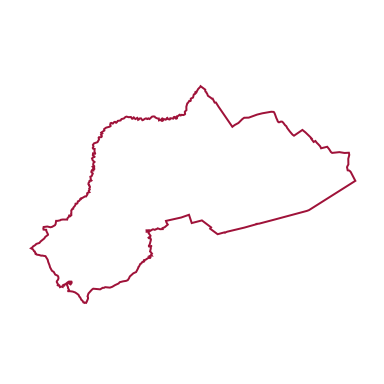 Magura, Bacau, Romania (Robinson projection), rotated 357°
{"feature_id": "2599482B10782205766979", "entity_name": "Magura", "entity_type": "district", "adm_level": 2, "iso_a3": "ROU", "parent_name": "Romania", "parent_adm1": "Bacau", "projection": "robinson", "projection_center": [26.814, 46.555], "detail": "fine", "context": "isolated", "style": "outline", "palette": "rose", "viewbox_px": 384, "rotation_deg": 357, "n_neighbors": 0, "source": "geoboundaries", "source_scale": "gbopen_adm2", "svg_char_len": 5922}
<svg xmlns="http://www.w3.org/2000/svg" viewBox="0 0 384 384"><g transform="rotate(357 192 192)"><path d="M77.8,296.6L78.9,297.1L79.2,296.7L80.4,297.2L80.9,296.5L82.6,293.0L82.6,291.5L82.2,290.8L83.3,287.9L86.9,284.3L88.3,283.4L95.2,284.4L97.8,283.0L99.0,283.1L100.3,282.5L105.0,283.2L107.4,282.5L110.2,281.0L113.9,279.5L115.1,278.3L118.6,277.6L121.5,277.3L123.2,276.7L124.5,275.0L125.5,273.1L129.2,270.1L132.0,269.0L134.2,265.3L134.5,264.2L135.1,263.8L136.6,261.1L137.7,260.7L138.2,259.8L139.0,259.2L140.0,259.2L140.6,258.8L140.3,257.9L140.4,257.6L142.0,257.3L144.8,255.6L146.8,255.6L147.1,255.2L147.1,254.4L146.1,253.9L147.7,253.2L148.4,253.3L147.9,252.5L148.0,252.1L148.8,251.5L147.9,250.1L147.0,249.2L147.9,246.3L147.8,245.2L148.4,244.3L148.4,243.9L146.7,244.2L146.2,244.1L146.1,243.7L146.2,243.2L146.7,242.8L147.1,241.9L148.5,237.5L148.2,236.3L146.6,235.9L146.2,235.4L146.8,234.9L147.8,234.6L148.3,233.6L146.4,230.6L146.4,230.1L147.3,229.3L147.1,229.1L144.6,229.3L144.6,227.9L147.9,228.0L148.7,228.4L150.7,227.3L151.6,227.3L152.7,227.8L153.3,227.7L153.9,227.3L154.8,227.2L155.8,226.5L158.2,227.5L160.8,227.5L160.7,226.5L162.8,225.8L166.1,223.3L164.9,221.1L164.5,219.5L179.9,216.9L187.8,214.6L190.1,223.0L200.4,220.9L209.2,228.3L209.0,228.5L208.2,229.6L215.4,235.5L222.3,234.0L222.7,234.4L223.1,234.3L223.7,233.9L225.0,233.5L242.4,230.3L255.3,227.4L255.2,227.2L257.4,227.1L272.3,224.0L305.7,216.9L307.9,216.2L355.7,189.4L351.6,180.4L350.9,179.5L350.1,178.8L348.6,178.5L348.1,175.3L348.7,174.1L349.6,172.7L349.8,167.0L351.0,163.2L350.7,161.0L346.3,161.0L341.3,159.9L334.0,160.3L332.8,159.3L331.2,156.4L329.4,153.9L323.2,155.1L322.4,153.1L320.6,150.9L319.2,149.4L317.9,147.5L316.1,148.4L313.9,145.1L314.3,144.9L312.9,143.2L308.5,138.5L305.5,135.8L296.8,141.1L295.4,140.0L292.8,136.6L290.5,133.2L289.6,131.2L288.4,130.1L286.7,127.5L285.7,126.5L284.5,126.3L283.0,126.9L282.0,126.8L281.1,125.4L280.9,124.4L280.2,122.9L278.9,118.6L278.2,116.8L277.7,116.3L275.3,116.0L266.3,117.1L261.1,118.1L252.6,120.7L248.0,120.6L246.1,121.8L242.0,125.5L238.2,127.3L235.7,129.0L222.9,108.1L220.6,103.9L219.3,103.9L217.5,99.8L216.6,99.8L216.0,99.1L212.9,96.7L212.3,94.7L211.8,94.1L211.6,93.2L210.7,92.4L210.5,91.5L210.6,90.5L206.1,86.8L205.8,87.4L203.5,89.5L202.2,91.6L200.9,92.3L201.5,93.0L201.3,93.2L200.4,93.3L200.3,94.1L198.9,94.7L198.0,97.7L195.7,98.7L195.5,100.8L195.0,101.1L194.0,100.9L192.8,102.6L191.9,103.3L190.8,106.6L190.7,110.0L189.4,111.1L189.0,111.7L189.2,113.7L188.9,114.1L187.5,114.7L185.6,114.4L184.8,115.0L184.3,114.9L183.8,114.2L183.2,114.5L181.7,115.6L180.9,115.6L180.6,116.0L181.0,117.2L180.9,117.5L180.4,117.9L179.6,117.8L179.1,117.2L178.9,116.3L178.7,116.1L177.7,116.3L177.1,117.7L174.2,117.2L173.8,118.2L173.5,118.4L172.0,118.0L171.2,116.7L170.8,116.9L170.3,117.9L169.6,118.4L169.2,118.4L169.0,118.0L166.8,117.6L166.4,117.0L165.9,117.1L165.4,118.0L166.9,118.5L166.9,118.9L166.3,119.4L165.7,119.4L165.2,119.2L164.7,118.1L162.8,118.7L162.7,116.9L161.4,116.8L159.3,115.7L158.6,114.7L157.2,114.5L156.0,114.7L153.4,116.9L152.2,116.2L151.5,116.8L151.0,116.8L150.4,116.2L149.8,116.1L148.8,116.4L147.0,117.5L146.2,117.7L144.9,115.8L143.7,115.8L142.7,116.8L142.0,117.1L141.8,115.9L141.2,115.1L139.5,116.2L138.7,115.7L137.9,114.5L137.6,114.4L136.6,115.7L136.0,115.7L134.9,113.9L132.7,114.0L130.6,113.3L129.5,113.6L127.8,115.0L125.4,115.5L124.4,116.8L121.6,117.1L120.5,118.5L119.9,118.9L119.6,118.8L119.1,118.0L118.7,117.9L117.8,118.2L116.6,119.5L116.2,119.5L115.3,118.8L114.3,119.0L113.8,120.6L114.2,121.6L114.1,122.0L112.7,122.6L109.7,123.2L107.6,124.5L107.5,124.9L107.7,126.0L104.3,128.0L104.5,128.6L105.3,129.0L104.1,130.1L104.9,131.4L104.5,132.3L104.1,132.5L102.0,132.4L101.6,132.9L101.9,134.6L100.2,137.3L96.7,138.3L95.5,139.8L96.0,141.3L95.2,142.8L95.7,143.7L97.0,143.9L96.7,146.4L97.3,148.5L97.1,148.8L96.8,148.8L95.9,148.2L95.2,148.2L94.9,150.1L96.5,151.6L96.4,151.9L95.2,152.1L94.4,153.0L93.9,153.2L94.5,155.2L96.2,156.9L95.2,157.7L94.8,159.0L94.8,159.9L95.7,161.1L95.6,161.9L95.2,162.0L94.5,161.4L94.1,161.6L95.6,163.3L95.6,164.0L94.9,164.4L94.6,164.0L94.3,164.0L94.2,164.6L94.7,165.1L94.7,165.4L94.2,165.5L93.3,165.0L92.6,166.1L92.6,167.1L93.7,168.0L93.9,168.4L92.5,171.0L91.3,171.4L91.6,173.9L91.4,174.4L92.2,175.3L91.9,175.5L91.0,175.4L90.2,175.6L90.0,176.0L90.1,176.6L89.1,177.7L89.0,178.9L89.6,179.4L89.5,180.2L90.3,181.0L90.2,182.3L89.5,183.3L90.0,184.2L89.0,185.3L89.0,186.2L89.5,186.8L87.7,187.4L87.2,187.8L87.2,188.2L87.5,188.6L87.4,189.0L86.0,190.9L84.9,190.8L81.8,192.4L81.6,192.3L80.6,192.6L80.4,192.8L80.8,193.1L80.7,193.4L79.8,193.8L78.8,195.0L77.5,195.4L77.3,196.4L76.9,197.3L76.2,197.7L75.6,197.5L75.1,197.6L75.0,198.4L74.4,199.6L72.6,201.5L72.5,202.5L71.2,203.0L70.9,203.8L70.5,204.1L70.4,206.9L70.1,207.4L70.3,208.0L70.3,208.8L69.2,209.7L68.5,209.0L68.1,209.0L67.5,210.7L66.8,211.1L66.2,211.9L65.9,213.0L61.7,212.7L59.6,212.9L58.8,213.4L56.1,213.8L54.8,213.7L54.1,216.9L53.4,218.0L50.4,219.5L48.8,219.8L45.7,218.9L42.0,219.2L41.6,220.7L41.8,221.8L44.4,222.1L44.5,223.3L46.0,226.9L45.9,227.3L43.2,229.1L42.0,230.7L38.3,233.4L36.9,234.9L33.8,235.7L32.8,236.7L30.2,238.2L29.7,239.0L28.3,239.8L30.2,241.0L31.2,242.9L31.9,243.2L32.3,244.8L32.9,245.2L32.7,245.8L34.0,246.5L36.0,246.9L38.1,247.7L38.9,247.6L42.3,248.4L44.3,252.0L44.8,254.5L45.9,257.8L46.3,259.7L47.7,262.7L48.3,263.6L49.7,264.5L51.1,267.3L53.5,268.6L54.1,269.9L54.1,271.5L53.4,272.8L52.3,274.1L52.3,275.0L53.3,277.0L53.0,278.1L53.8,278.5L54.6,278.3L55.2,280.1L56.7,279.6L57.9,280.1L58.2,279.0L58.8,278.9L58.7,278.6L59.3,278.7L59.3,277.9L60.7,277.4L61.1,277.7L61.5,277.4L61.4,277.0L63.1,275.7L64.5,275.0L66.9,275.2L67.1,275.8L66.8,276.2L66.9,276.6L65.9,277.9L65.3,277.5L64.7,276.2L63.5,276.6L62.4,277.8L62.3,278.3L63.2,280.6L63.1,281.3L64.0,283.3L63.1,284.4L63.2,284.6L65.1,284.7L67.7,285.2L70.1,286.2L72.2,287.8L73.3,288.8L74.1,290.7L74.8,291.4L75.8,293.8L76.9,294.8L77.8,296.6Z" fill="none" stroke="#9f1239" stroke-width="2"/></g></svg>